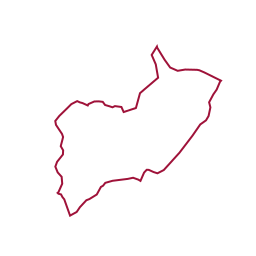 the district of Al Fasher, North Darfur, Sudan, rotated 319°
{"feature_id": "16777658B96521919713520", "entity_name": "Al Fasher", "entity_type": "district", "adm_level": 2, "iso_a3": "SDN", "parent_name": "Sudan", "parent_adm1": "North Darfur", "projection": "robinson", "projection_center": [25.322, 13.818], "detail": "fine", "context": "isolated", "style": "outline", "palette": "rose", "viewbox_px": 256, "rotation_deg": 319, "n_neighbors": 0, "source": "geoboundaries", "source_scale": "gbopen_adm2", "svg_char_len": 1200}
<svg xmlns="http://www.w3.org/2000/svg" viewBox="0 0 256 256"><g transform="rotate(319 128 128)"><path d="M229.2,153.3L222.0,136.0L219.7,131.2L218.3,129.4L209.5,121.4L203.0,117.4L199.5,110.0L200.4,100.5L202.7,86.7L203.3,85.5L193.8,88.4L190.7,98.2L183.7,109.8L166.1,109.6L159.9,109.6L147.1,118.1L135.2,113.1L136.8,107.8L132.5,102.9L129.9,102.2L128.3,99.5L125.8,95.6L126.1,91.7L123.4,88.7L120.0,85.9L113.9,84.0L112.4,84.6L110.0,79.3L108.5,77.1L107.3,74.4L107.0,74.3L100.9,72.8L95.0,73.2L84.2,73.8L77.7,75.0L75.7,78.4L74.3,89.2L73.1,92.2L70.7,93.9L65.3,97.6L64.4,102.3L61.5,105.3L52.3,107.0L47.8,109.5L45.8,115.4L45.9,121.3L41.8,126.9L33.4,130.8L32.3,130.8L32.4,132.0L33.9,134.2L33.2,137.1L33.1,139.8L33.1,140.0L26.8,156.1L34.2,157.7L39.8,156.2L49.2,155.2L52.2,156.3L60.8,157.7L68.9,154.7L71.3,155.2L74.9,154.5L81.7,157.7L94.5,166.3L99.2,168.9L101.9,173.7L102.7,176.1L110.9,172.2L114.7,171.8L116.2,173.2L118.4,178.0L120.5,181.5L127.4,183.2L140.0,181.7L140.6,181.6L148.3,180.7L149.0,180.6L150.2,180.5L171.6,176.1L184.9,172.7L187.7,173.0L191.9,173.4L196.7,171.8L203.7,166.5L206.1,161.8L214.5,158.6L220.1,157.2L224.0,155.3L227.7,153.5L229.2,153.3Z" fill="none" stroke="#9f1239" stroke-width="2"/></g></svg>